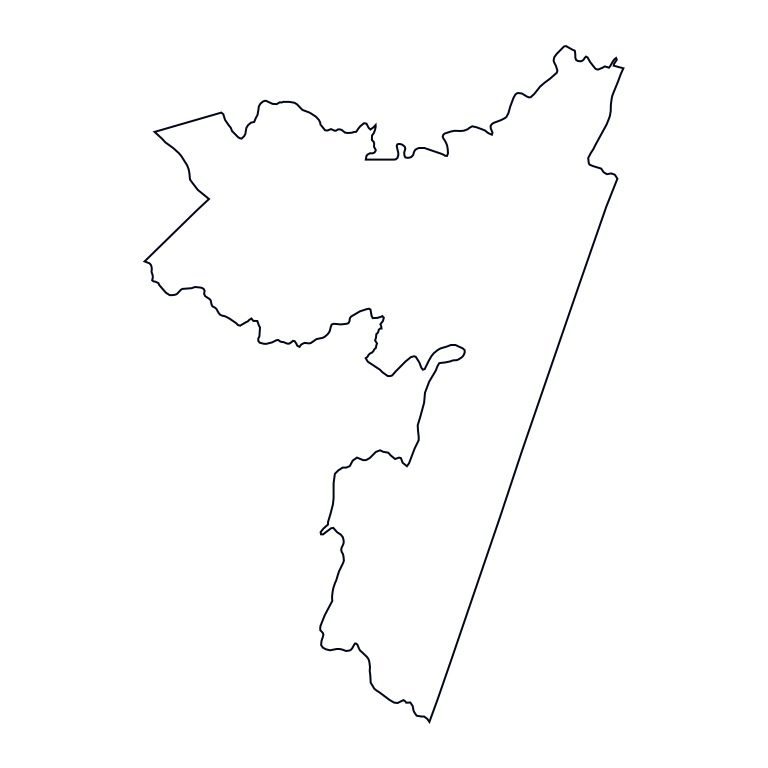 outline of Parintins, Amazonas, Brazil
{"feature_id": "56859067B7549321418483", "entity_name": "Parintins", "entity_type": "district", "adm_level": 2, "iso_a3": "BRA", "parent_name": "Brazil", "parent_adm1": "Amazonas", "projection": "equal_earth", "projection_center": [-56.927, -2.788], "detail": "fine", "context": "isolated", "style": "outline", "palette": "ink", "viewbox_px": 768, "rotation_deg": 0, "n_neighbors": 0, "source": "geoboundaries", "source_scale": "gbopen_adm2", "svg_char_len": 6075}
<svg xmlns="http://www.w3.org/2000/svg" viewBox="0 0 768 768"><path d="M429.4,721.9L438.0,698.3L451.3,659.8L500.4,516.0L521.8,451.5L578.0,288.1L606.3,206.7L617.4,178.7L614.8,174.7L611.2,173.4L606.9,174.2L603.6,172.2L601.2,168.6L592.7,166.0L589.7,164.7L588.8,163.3L588.2,158.0L590.8,153.0L593.2,149.4L595.6,144.6L606.6,124.5L608.8,119.0L609.9,115.9L610.7,111.2L610.9,104.3L611.8,97.9L612.5,95.1L618.0,81.6L620.9,73.8L623.4,68.3L613.7,65.7L614.0,63.9L616.8,59.8L616.1,58.0L614.4,59.3L612.8,61.5L610.2,66.1L608.9,67.7L604.9,66.4L602.4,67.8L598.0,69.6L596.4,69.2L595.2,68.5L590.1,62.0L587.6,57.5L586.0,56.6L584.8,57.8L583.5,59.8L582.3,60.7L580.7,61.3L577.8,61.0L576.0,59.8L575.3,57.4L575.3,54.3L574.8,50.7L572.6,49.8L566.1,46.1L564.1,46.4L556.7,53.9L554.3,57.2L553.6,60.4L554.0,62.0L556.0,66.1L557.4,70.5L556.8,72.7L550.4,78.4L544.1,83.1L540.1,86.6L534.3,93.9L530.7,97.2L529.0,97.4L526.8,96.5L521.9,93.5L518.0,93.0L516.6,93.5L515.5,94.4L513.6,97.6L510.2,106.7L508.4,113.2L506.4,117.0L504.6,118.3L500.8,120.2L493.4,123.0L491.6,124.4L490.6,126.0L490.8,128.5L492.5,132.7L491.9,134.7L489.5,133.7L487.5,132.6L485.2,130.6L482.3,129.4L476.6,127.3L472.3,126.3L469.3,127.9L467.6,129.3L463.8,130.7L460.6,131.0L454.4,130.8L451.0,131.5L444.5,133.6L443.1,135.1L442.7,136.9L443.6,138.8L445.1,141.0L446.1,143.0L446.9,144.9L447.4,147.1L447.7,149.0L448.0,153.3L447.0,155.9L445.1,155.8L443.9,154.9L441.4,153.8L424.4,148.0L418.9,148.0L416.3,149.1L414.9,150.3L413.9,152.3L413.2,155.0L411.4,156.9L409.4,157.7L407.0,157.8L405.3,157.4L404.4,155.4L404.2,152.4L405.3,148.8L404.8,146.9L403.6,145.6L401.4,144.3L398.8,143.9L397.3,144.4L396.7,146.0L398.3,153.1L398.3,155.2L397.5,157.8L395.9,159.3L394.1,159.6L365.8,159.6L366.4,156.1L367.4,154.7L370.1,153.2L371.8,153.4L373.7,153.0L375.2,151.7L375.8,150.1L374.0,146.7L374.2,143.8L373.7,141.9L371.9,140.0L372.0,135.6L373.9,133.0L375.0,129.9L375.7,126.8L375.6,125.0L373.4,127.4L370.4,129.5L368.7,127.9L366.5,123.7L364.1,123.2L360.4,126.1L358.4,128.5L356.2,131.8L354.0,132.0L351.9,132.7L347.7,133.0L345.0,132.6L341.9,130.1L340.2,129.4L338.0,129.4L336.5,130.4L335.0,130.8L330.9,129.1L327.6,130.5L325.1,130.3L320.5,124.6L320.1,122.3L318.8,119.8L315.8,116.6L309.8,112.7L302.4,109.9L297.1,104.4L294.6,102.8L289.6,101.9L283.3,101.9L281.5,102.5L279.8,102.3L276.7,104.1L272.6,103.9L266.2,100.9L264.8,100.8L263.0,101.5L260.4,103.7L258.8,106.5L258.5,109.3L257.5,115.0L255.9,117.8L254.2,121.9L250.9,122.7L248.1,125.1L246.4,127.8L245.3,134.1L244.1,136.2L241.6,138.6L239.8,138.2L238.1,137.2L232.0,131.0L230.7,127.6L229.1,125.8L225.0,119.8L223.3,114.2L221.3,112.6L154.6,131.9L161.9,138.6L165.4,142.4L173.4,148.2L179.0,153.3L181.2,155.9L187.0,165.1L188.6,169.1L189.4,173.2L190.0,179.5L191.9,182.2L197.8,189.9L209.0,199.0L196.8,210.4L144.6,261.4L149.4,263.3L150.8,264.7L151.6,267.0L151.8,269.6L151.5,271.7L152.8,275.8L152.7,278.5L152.1,280.2L153.5,281.4L155.4,281.7L158.4,283.1L159.2,285.0L165.9,292.7L169.6,295.1L172.7,295.1L175.3,294.7L176.9,294.0L181.1,289.6L182.5,288.9L191.6,288.2L195.0,287.0L200.2,287.5L202.2,288.0L203.8,289.1L204.6,290.8L204.1,293.9L205.2,296.2L209.5,299.0L210.7,300.4L211.6,304.7L212.4,306.3L215.2,307.8L216.3,308.8L218.8,313.2L220.2,314.8L222.6,315.8L224.2,316.0L226.2,316.8L229.5,318.6L236.2,323.2L237.8,324.9L240.1,325.7L245.8,322.3L247.8,321.4L249.1,320.0L251.4,318.5L253.3,320.9L257.3,321.0L259.0,325.7L260.0,327.4L259.4,336.4L258.3,338.5L258.3,340.9L259.7,342.7L263.5,343.7L266.1,343.9L272.1,342.4L276.5,340.2L278.3,340.0L279.8,341.2L281.5,342.0L283.2,342.0L287.2,343.6L289.0,343.7L291.0,342.5L293.0,340.8L294.7,341.2L296.3,343.6L297.3,345.7L299.5,346.9L300.8,345.0L302.3,343.9L304.5,342.9L309.0,343.4L310.9,343.0L316.5,339.1L322.8,337.8L324.8,336.7L327.6,334.3L329.1,332.3L330.0,330.3L330.6,327.5L331.6,324.6L333.6,323.8L340.9,324.4L346.0,323.9L348.4,323.2L349.5,321.2L349.8,318.4L351.0,316.6L360.0,311.3L366.9,309.1L369.1,308.7L370.5,309.6L371.6,315.9L372.7,318.1L377.3,317.9L381.0,316.8L382.3,316.1L383.8,317.7L383.0,320.9L380.4,324.3L381.2,326.2L381.5,328.5L380.0,328.6L378.8,329.7L378.3,331.7L377.5,333.1L376.3,334.2L376.0,337.6L375.1,340.5L377.0,343.4L376.2,345.9L375.9,347.9L374.5,349.1L373.4,351.1L372.0,352.6L370.3,353.3L368.6,354.8L367.5,356.8L365.7,358.2L367.8,361.7L379.8,369.6L382.5,372.3L387.7,376.0L390.3,376.1L392.2,375.4L395.7,371.4L405.5,361.5L410.9,357.1L413.9,356.3L415.7,356.7L419.3,362.4L421.3,367.7L422.9,369.7L424.7,369.1L428.9,360.5L431.6,355.9L434.0,353.0L437.9,349.9L440.8,348.3L446.4,346.7L450.9,345.0L455.4,345.0L462.8,348.4L464.7,350.2L464.7,352.4L463.9,354.6L462.9,356.2L461.3,357.7L458.7,359.3L457.0,360.1L453.0,360.4L449.8,361.5L445.4,362.4L439.3,363.1L437.6,365.9L435.6,370.9L429.2,381.6L425.0,392.7L424.1,402.8L420.2,417.1L417.7,425.3L418.0,430.4L418.7,436.9L418.7,440.2L414.6,448.6L409.0,463.4L406.9,466.2L402.7,462.8L400.9,458.1L399.0,457.6L395.1,459.0L390.7,455.4L388.3,452.7L383.2,451.8L380.1,450.3L375.9,451.9L369.8,458.0L366.1,460.1L363.1,460.1L357.0,457.6L352.7,460.6L349.8,466.1L346.2,467.6L342.6,467.6L338.3,470.4L334.9,473.8L333.6,483.2L333.6,498.4L332.9,504.5L330.6,513.5L328.0,522.1L328.0,524.5L323.5,528.5L320.6,532.1L321.0,534.3L323.0,534.4L331.0,528.3L333.3,527.9L337.1,532.2L340.8,534.6L342.9,537.3L343.6,540.3L343.7,542.6L343.2,544.4L341.6,547.8L341.2,549.7L341.7,551.9L343.0,554.2L343.5,556.6L343.9,560.5L343.1,563.0L339.0,571.4L336.1,580.7L335.1,582.8L333.3,588.2L332.7,591.2L332.1,596.2L332.1,598.7L332.3,600.9L324.8,615.1L320.5,625.9L320.2,628.1L320.3,630.2L322.9,633.0L323.4,634.7L322.9,636.8L321.5,641.0L321.1,645.0L322.8,647.6L325.9,649.3L330.1,650.3L336.5,649.0L339.5,649.0L342.0,649.5L346.2,651.0L349.6,650.5L350.9,649.8L352.2,648.3L354.0,645.0L355.0,643.5L356.4,643.7L357.5,644.9L359.0,648.6L360.2,650.7L361.7,651.9L366.9,656.9L368.2,658.6L369.0,660.6L369.5,662.9L370.0,667.2L369.7,670.6L370.3,675.4L370.7,682.7L374.3,688.7L376.1,690.2L379.9,692.7L389.5,699.9L394.1,702.6L397.6,703.0L403.4,700.1L405.3,701.4L406.2,702.7L410.3,702.5L412.7,706.1L413.5,710.5L414.2,712.1L416.6,715.7L421.3,716.5L424.1,716.5L427.3,718.9L429.4,721.9Z" fill="none" stroke="#020617" stroke-width="2"/></svg>